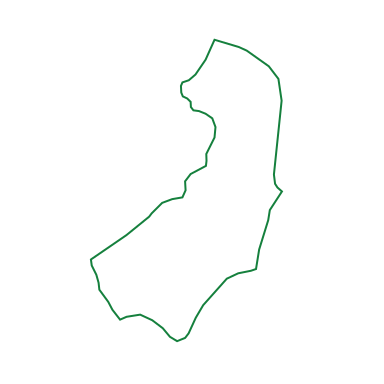 Loroum, Robinson projection, rotated 68°
{"feature_id": "BFA-2822", "entity_name": "Loroum", "entity_type": "Province", "adm_level": 1, "iso_a3": "BFA", "parent_name": "Burkina Faso", "parent_adm1": "", "projection": "robinson", "projection_center": [-2.181, 13.899], "detail": "fine", "context": "isolated", "style": "outline", "palette": "green", "viewbox_px": 384, "rotation_deg": 68, "n_neighbors": 0, "source": "natural_earth", "source_scale": "10m", "svg_char_len": 930}
<svg xmlns="http://www.w3.org/2000/svg" viewBox="0 0 384 384"><g transform="rotate(68 192 192)"><path d="M215.5,111.9L219.8,111.1L225.2,108.4L237.9,126.6L246.7,131.9L270.5,151.3L287.4,161.5L287.1,166.9L284.7,179.6L285.4,192.2L301.1,224.0L310.0,235.6L320.2,246.4L321.8,248.1L324.7,253.0L324.7,261.7L318.0,266.7L307.4,270.1L296.0,276.9L286.3,286.0L283.2,299.4L283.4,306.5L271.4,309.9L262.5,310.8L247.9,314.5L241.1,312.6L232.9,311.7L222.6,312.5L216.7,311.0L207.4,268.9L198.8,240.9L196.7,237.4L190.9,223.7L191.2,213.0L193.4,202.9L188.0,197.3L179.5,194.4L174.8,186.5L173.0,169.3L168.6,166.9L162.1,164.5L149.9,150.7L140.6,145.9L131.3,145.6L124.5,150.1L119.6,155.2L116.8,160.1L112.8,161.2L107.9,159.5L103.5,161.4L99.9,164.7L95.8,164.7L89.5,162.5L86.8,159.8L87.2,153.1L84.4,144.8L74.4,129.8L59.3,114.1L75.1,94.3L81.4,88.3L104.2,73.7L119.5,69.5L140.9,74.7L206.5,109.5L215.5,111.9Z" fill="none" stroke="#15803d" stroke-width="2"/></g></svg>